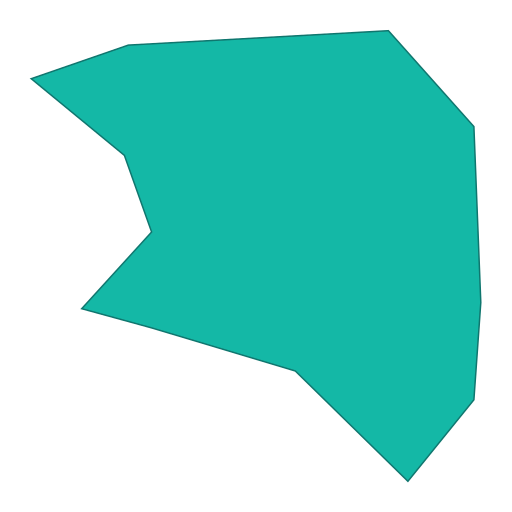 the state/province of Msida
{"feature_id": "MLT-5940", "entity_name": "Msida", "entity_type": "state/province", "adm_level": 1, "iso_a3": "MLT", "parent_name": "Malta", "parent_adm1": "", "projection": "mercator", "projection_center": [14.482, 35.893], "detail": "fine", "context": "isolated", "style": "filled", "palette": "teal", "viewbox_px": 512, "rotation_deg": 0, "n_neighbors": 0, "source": "natural_earth", "source_scale": "10m", "svg_char_len": 283}
<svg xmlns="http://www.w3.org/2000/svg" viewBox="0 0 512 512"><path d="M407.9,481.3L295.3,371.0L151.6,327.9L81.7,308.7L151.6,232.0L124.4,155.4L31.2,78.7L128.3,45.1L388.4,30.7L473.9,126.6L480.8,302.5L473.9,399.8L407.9,481.3Z" fill="#14b8a6" stroke="#0f766e" stroke-width="1.5"/></svg>